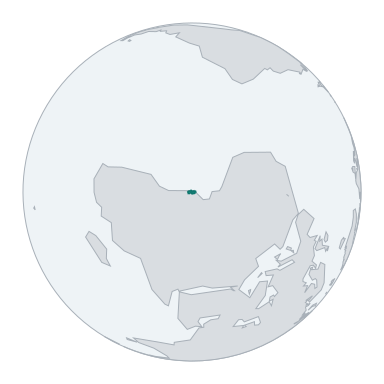 Ogooué-Maritime on an orthographic globe, rotated 121°
{"feature_id": "GAB-2624", "entity_name": "Ogooué-Maritime", "entity_type": "Province", "adm_level": 1, "iso_a3": "GAB", "parent_name": "Gabon", "parent_adm1": "", "projection": "orthographic", "projection_center": [9.53, -1.509], "detail": "fine", "context": "on_globe", "style": "filled", "palette": "teal", "viewbox_px": 384, "rotation_deg": 121, "n_neighbors": 0, "source": "natural_earth", "source_scale": "10m", "svg_char_len": 8529}
<svg xmlns="http://www.w3.org/2000/svg" viewBox="0 0 384 384"><g transform="rotate(121 192 192)"><circle cx="192" cy="192" r="169" fill="#eef3f6" stroke="#a8b0b8"/><path d="M96.6,52.6L99.0,50.9L103.2,48.2L105.9,46.6L107.3,45.8L110.6,43.9L113.7,42.3L114.4,42.0L111.7,43.8L106.5,46.8L105.2,47.9L111.6,44.6L103.3,50.6L100.2,55.5L97.9,57.5L90.7,61.2L87.2,61.5L77.9,68.3L85.6,63.3L79.7,69.2L79.4,70.1L80.8,69.7L83.7,67.4L82.0,69.6L73.8,74.8L75.2,72.9L77.8,71.1L76.0,71.6L70.4,76.1L67.8,79.2L62.1,84.3L60.2,86.7L57.9,89.6L61.3,85.1L55.0,93.5L50.1,100.3L57.8,89.3L66.4,79.0L75.7,69.4L85.8,60.6L96.6,52.6ZM25.3,164.2L25.4,163.7L25.3,166.4L27.0,159.1L28.9,155.0L27.1,164.7L29.6,155.6L29.7,160.1L34.6,159.2L33.8,161.5L37.7,172.7L44.8,177.5L46.5,184.6L45.3,189.1L48.5,190.3L48.6,193.3L63.7,197.6L73.6,204.9L74.7,215.3L69.3,227.3L71.1,252.5L63.2,260.9L65.7,271.0L67.4,285.8L62.0,284.8L68.3,292.0L69.1,296.4L66.9,296.8L70.6,301.9L69.2,302.1L73.0,305.3L76.8,311.9L82.8,317.0L87.1,322.2L91.2,325.1L90.6,325.1L91.5,326.3L93.6,327.9L89.1,325.3L80.8,318.6L77.3,315.1L76.4,314.6L68.3,305.4L69.6,307.3L58.3,293.6L51.1,282.0L35.6,248.3L32.7,241.7L29.0,234.4L24.3,213.0L23.6,205.5L23.2,199.8L23.1,196.8L23.0,193.4L23.7,180.4L25.0,167.4L25.1,165.7L24.7,168.4L25.3,164.2ZM36.2,126.6L34.5,133.0L33.3,134.4L33.9,132.8L35.0,129.7L35.3,128.7L36.2,126.6ZM41.1,116.2L41.2,115.8L41.4,115.6L41.1,116.2ZM98.8,330.8L90.5,326.3L94.2,328.3L91.6,325.7L97.9,329.2L98.8,330.8ZM93.5,323.9L93.6,322.4L95.1,323.2L95.4,324.5L93.5,323.9ZM358.6,164.1L358.8,164.9L358.8,165.0L359.7,171.3L359.4,169.0L357.6,158.4L353.5,142.6L353.7,144.9L351.8,138.8L346.2,126.1L345.4,129.2L345.5,144.3L348.5,160.2L347.2,166.9L338.0,143.6L332.3,128.6L330.0,129.8L319.7,117.3L304.9,116.0L301.9,112.2L299.3,113.9L291.9,110.1L287.1,104.3L283.0,104.6L295.8,120.2L300.0,120.1L302.4,114.2L305.2,119.9L312.2,125.3L307.6,139.0L284.1,151.4L280.4,139.7L255.3,109.0L255.2,105.7L255.1,105.3L254.7,104.7L253.8,110.0L249.0,104.4L263.9,125.1L267.1,134.4L283.8,152.1L282.5,154.0L287.5,157.8L301.7,153.6L302.1,157.5L296.2,176.1L275.4,201.9L277.4,219.8L274.5,235.2L259.8,245.4L259.4,257.4L251.6,261.6L250.0,268.5L242.7,275.8L231.2,282.8L213.5,283.1L213.7,276.9L206.9,265.0L198.0,236.2L203.8,222.9L202.8,212.8L189.8,190.8L192.8,178.5L189.0,173.5L181.3,175.0L176.8,169.1L172.0,169.2L141.3,174.9L131.2,167.7L117.4,145.2L122.4,135.7L122.0,125.3L155.5,89.8L164.0,91.2L192.0,86.0L195.7,87.0L194.0,94.4L216.2,103.1L221.5,96.7L240.1,101.7L251.5,101.6L252.8,88.0L234.1,87.8L229.4,81.4L243.0,75.9L259.1,77.2L257.7,74.8L246.3,69.3L248.6,65.3L242.2,67.2L245.8,69.5L241.8,71.0L238.3,69.0L239.2,67.5L234.0,66.5L230.7,74.6L234.1,77.9L221.2,79.5L225.5,85.4L222.5,88.3L214.1,79.5L213.9,76.3L199.4,67.9L198.5,71.3L212.1,79.7L208.4,79.1L207.2,84.6L205.3,79.9L190.6,70.7L178.2,73.4L164.6,87.6L156.8,89.4L149.3,87.3L151.9,73.7L169.0,71.5L170.2,67.4L164.8,62.3L170.4,62.3L170.3,60.2L176.6,59.6L183.5,54.3L189.5,53.5L190.4,47.8L193.7,46.8L192.2,50.3L194.4,52.7L209.3,52.1L211.6,50.8L211.0,47.3L215.2,48.0L212.7,44.7L220.3,43.6L208.9,42.5L207.9,39.3L211.4,37.0L209.1,35.9L203.2,39.8L202.7,41.7L205.6,43.4L202.4,49.3L197.7,50.5L193.2,44.3L186.1,45.5L185.7,40.8L201.8,32.0L209.4,30.8L225.9,34.6L225.2,36.1L218.9,35.3L226.4,38.6L225.0,37.1L228.4,37.9L228.3,35.6L230.7,36.1L226.4,33.4L229.4,33.8L232.1,35.5L234.5,33.3L240.2,34.0L239.5,33.4L237.2,32.5L246.0,34.4L245.2,33.9L242.0,33.0L238.2,31.5L234.9,29.8L238.1,30.6L239.7,31.3L247.9,34.2L251.8,36.5L252.8,36.7L250.2,35.0L240.1,31.2L237.2,30.1L242.2,31.6L240.2,30.9L239.7,30.6L242.3,31.2L237.0,29.5L231.6,27.7L243.4,31.1L255.0,35.2L266.3,40.3L277.2,46.1L287.6,52.7L297.5,60.0L306.9,68.1L315.6,76.8L323.7,86.1L331.1,96.0L337.7,106.4L343.5,117.3L348.6,128.5L352.8,140.1L356.2,152.0L358.6,164.1ZM145.8,106.8L145.3,109.8L145.8,106.8ZM277.5,86.3L286.1,87.4L279.8,79.0L282.6,78.9L279.4,76.3L279.2,78.5L271.0,71.7L273.9,69.8L271.6,66.6L268.5,66.1L264.6,70.9L276.4,80.3L275.4,83.4L277.5,86.3ZM34.9,159.1L35.2,160.9L34.3,161.0L34.9,159.1ZM31.9,138.4L32.0,138.4L31.7,139.8L31.3,140.4L31.9,138.4ZM36.1,137.4L36.9,138.1L35.6,139.0L36.1,137.4ZM34.4,133.9L35.5,137.2L33.0,140.3L32.5,138.4L33.5,137.3L34.4,133.9ZM38.4,121.6L38.3,122.2L37.5,123.9L38.4,121.6ZM41.2,116.2L41.1,116.3L41.7,115.0L41.2,116.2ZM80.2,68.8L80.8,68.5L81.6,68.6L80.1,69.6L80.2,68.8ZM92.0,64.1L89.0,67.8L90.1,65.6L87.4,67.4L86.3,65.6L96.6,58.4L92.1,61.8L92.0,64.1ZM87.7,61.9L87.2,63.4L87.3,62.1L87.7,61.9ZM163.6,51.0L166.3,51.9L164.8,54.3L157.1,56.6L159.2,53.1L163.6,51.0ZM170.5,52.8L168.2,46.8L172.9,45.5L170.7,47.1L174.0,46.9L171.3,49.6L178.0,54.9L177.1,57.4L163.4,59.6L168.4,57.2L165.4,56.3L170.5,52.8ZM154.1,38.0L153.1,36.6L164.5,35.5L164.1,37.0L156.4,39.1L152.4,38.6L154.1,38.0ZM128.4,35.5L129.7,35.0L127.5,35.9L126.4,36.3L128.4,35.5ZM140.6,31.1L133.6,33.8L131.9,34.3L129.1,36.1L123.5,38.4L125.6,37.0L119.2,40.4L118.8,40.1L115.0,42.4L120.1,39.1L119.7,39.3L120.3,39.0L122.3,38.2L127.4,36.0L129.4,35.1L132.5,33.9L140.6,31.1ZM181.2,24.0L176.8,24.2L182.5,24.4L177.8,24.9L178.7,24.9L175.9,25.6L174.1,26.6L171.8,26.8L172.1,27.1L170.2,27.8L169.9,28.3L165.5,29.1L164.7,30.0L163.1,30.0L162.9,31.4L161.1,30.7L158.5,31.8L161.7,31.9L138.8,37.2L130.6,40.7L124.8,44.2L122.4,43.3L126.3,39.7L133.4,35.5L141.6,32.6L139.0,33.0L142.2,31.8L142.9,32.0L143.7,31.1L146.5,30.3L152.8,28.1L152.2,27.8L154.5,27.3L156.1,27.0L157.3,26.6L161.9,25.8L163.7,25.4L170.0,24.5L172.2,24.5L174.0,24.2L178.9,23.8L181.2,24.0ZM171.9,24.2L171.5,24.3L166.0,25.1L171.9,24.2ZM199.1,84.2L201.8,84.4L205.9,84.0L205.2,87.7L199.1,84.2ZM188.9,77.9L191.3,77.4L192.3,81.9L189.5,81.9L188.9,77.9ZM191.7,73.5L191.3,77.0L189.8,75.1L191.7,73.5ZM194.3,49.8L196.7,49.3L197.3,50.1L196.4,51.4L194.3,49.8ZM197.1,26.5L194.7,26.2L195.2,26.0L192.5,25.0L195.8,24.9L198.7,25.4L197.1,26.5ZM250.1,90.2L247.4,92.8L245.4,91.5L246.7,90.9L250.1,90.2ZM225.6,89.9L231.6,91.6L225.3,90.9L225.6,89.9ZM200.2,26.2L198.7,25.7L201.3,26.0L200.2,26.2ZM198.1,24.8L201.0,24.9L195.9,24.8L198.1,24.8ZM288.1,317.2L287.3,319.4L285.7,319.5L288.1,317.2ZM298.8,233.1L285.4,260.0L278.8,260.0L278.9,252.0L284.9,235.7L293.1,231.2L297.5,223.9L298.8,233.1ZM361.0,192.8L359.7,175.5L360.1,176.4L360.6,181.2L361.0,192.8ZM349.0,161.7L351.8,171.6L350.7,173.0L349.0,161.7ZM226.3,27.4L226.5,28.6L228.7,30.1L233.5,31.6L226.9,30.3L223.3,28.0L226.3,27.4ZM210.3,24.8L210.1,25.1L208.0,24.8L210.3,24.8Z" fill="#d9dde1" stroke="#a8b0b8" stroke-width="1"/><path d="M193.3,195.6L193.1,195.5L192.6,194.9L192.8,194.9L192.9,195.0L193.0,195.0L193.3,195.2L193.3,195.3L193.5,195.3L193.5,195.2L193.8,195.2L193.7,194.9L193.7,195.1L193.4,194.9L193.4,195.0L193.3,194.9L193.2,194.8L193.0,194.7L192.9,194.7L192.8,194.8L192.7,194.8L192.6,194.7L192.3,194.6L192.2,194.5L192.1,194.3L192.1,194.1L191.8,193.7L191.7,193.7L191.5,193.4L191.4,193.2L191.2,193.1L191.3,193.0L191.5,193.2L191.8,193.2L191.9,193.3L191.9,193.5L192.0,193.6L192.1,193.4L191.9,193.4L192.0,193.3L192.0,193.2L191.9,193.1L191.7,193.0L191.6,192.9L191.5,193.0L191.4,193.1L191.3,192.9L191.2,193.0L191.2,192.9L191.2,192.7L191.1,192.3L191.1,192.2L190.9,191.9L190.5,191.4L190.4,191.2L190.4,191.3L190.5,191.3L190.6,191.5L190.8,191.7L190.9,191.9L191.1,192.0L191.2,192.4L191.3,192.5L191.3,192.4L191.5,192.3L191.6,192.5L191.7,192.4L191.8,192.3L192.0,192.3L192.0,192.2L191.9,192.2L191.9,191.9L191.7,191.9L191.7,192.0L191.3,192.2L191.2,192.0L191.2,191.9L191.3,191.9L191.3,191.7L191.5,191.5L191.4,191.4L191.4,191.5L191.2,191.6L190.9,191.7L190.6,191.4L190.5,191.2L190.4,191.0L190.5,191.0L190.4,191.2L190.4,190.9L190.0,190.4L190.1,190.5L190.2,190.4L189.9,190.1L189.8,189.9L189.7,189.8L189.7,189.6L189.5,189.3L189.6,189.2L189.6,189.3L189.8,189.4L189.8,189.5L189.9,189.8L190.0,189.8L190.0,189.7L190.3,189.6L190.3,189.8L190.5,189.9L190.5,190.0L190.4,190.1L190.5,190.1L190.5,189.9L190.6,189.7L190.8,189.6L190.7,189.4L190.9,189.2L191.0,189.1L191.2,188.8L191.3,188.7L191.3,188.4L191.4,188.6L191.5,188.7L191.6,188.9L191.7,189.0L191.8,189.0L192.0,189.1L192.1,189.3L192.3,189.9L192.4,190.0L192.5,190.1L192.8,190.2L193.0,190.2L193.2,190.3L193.2,190.5L193.2,190.8L193.1,191.0L193.3,191.2L193.5,191.2L193.6,191.3L193.5,191.5L193.3,191.7L193.3,191.8L193.3,192.0L193.3,192.3L193.2,192.3L193.0,192.5L193.2,192.8L193.3,192.9L193.5,193.0L193.8,193.1L194.0,193.2L194.3,193.2L194.5,193.2L194.6,193.3L194.7,193.5L194.8,193.7L194.9,194.0L195.0,194.1L195.2,194.4L194.8,194.6L194.7,194.7L194.6,194.8L194.6,195.0L194.4,195.1L194.4,195.3L193.3,195.6ZM190.4,189.4L190.5,189.4L190.6,189.5L190.5,189.8L190.4,189.8L190.3,189.7L190.3,189.4L190.5,189.3L190.4,189.4L190.4,189.4Z" fill="#14b8a6" stroke="#0f766e" stroke-width="1.5"/></g></svg>